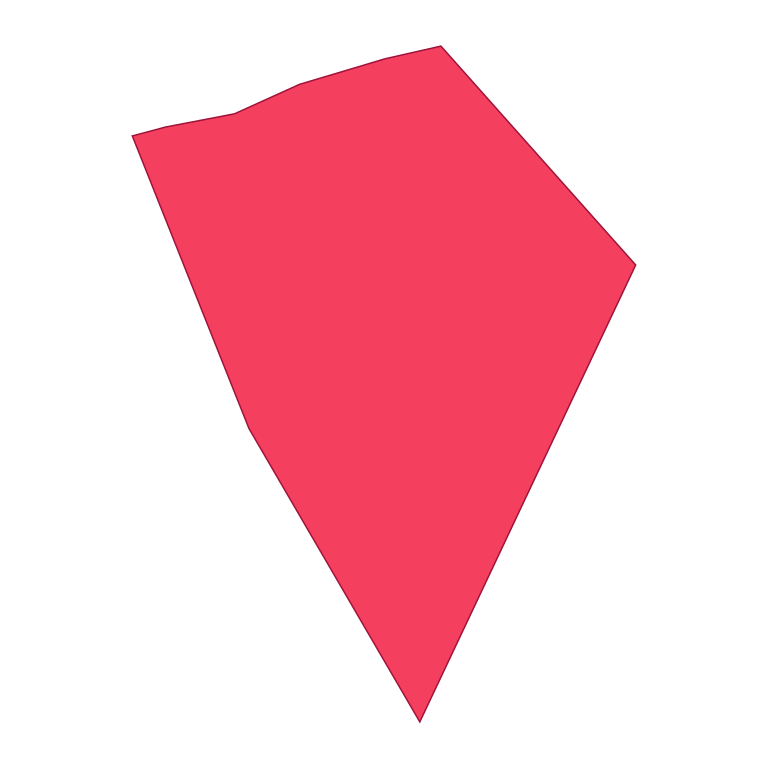 El Arish 2, Shamal Sina', Egypt
{"feature_id": "37247803B92931346383246", "entity_name": "El Arish 2", "entity_type": "district", "adm_level": 2, "iso_a3": "EGY", "parent_name": "Egypt", "parent_adm1": "Shamal Sina'", "projection": "equal_earth", "projection_center": [33.737, 31.084], "detail": "fine", "context": "isolated", "style": "filled", "palette": "rose", "viewbox_px": 768, "rotation_deg": 0, "n_neighbors": 0, "source": "geoboundaries", "source_scale": "gbopen_adm2", "svg_char_len": 248}
<svg xmlns="http://www.w3.org/2000/svg" viewBox="0 0 768 768"><path d="M440.9,46.1L385.3,58.7L299.6,84.3L234.5,113.8L165.7,127.0L132.3,135.9L249.0,428.6L419.8,721.9L635.7,265.0L440.9,46.1Z" fill="#f43f5e" stroke="#9f1239" stroke-width="1.5"/></svg>